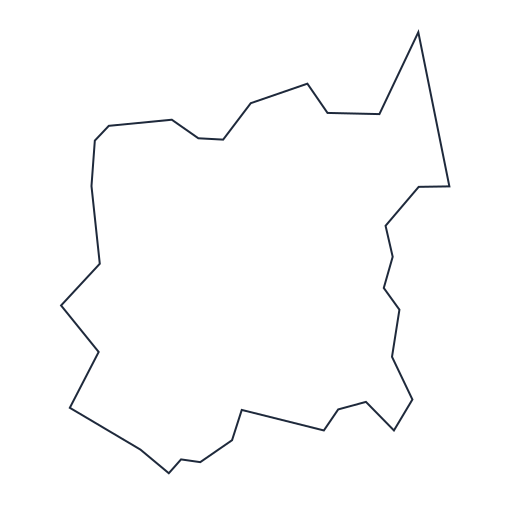 the border of Newtownabbey, rotated 85°
{"feature_id": "GBR-2097", "entity_name": "Newtownabbey", "entity_type": "District", "adm_level": 1, "iso_a3": "GBR", "parent_name": "United Kingdom", "parent_adm1": "", "projection": "robinson", "projection_center": [-5.964, 54.723], "detail": "fine", "context": "isolated", "style": "outline", "palette": "slate", "viewbox_px": 512, "rotation_deg": 85, "n_neighbors": 0, "source": "natural_earth", "source_scale": "10m", "svg_char_len": 580}
<svg xmlns="http://www.w3.org/2000/svg" viewBox="0 0 512 512"><g transform="rotate(85 256 256)"><path d="M464.8,361.8L438.8,388.0L391.0,454.7L337.9,421.1L288.3,454.5L250.1,412.3L172.0,413.8L127.0,406.5L113.5,391.3L112.9,328.0L133.7,303.2L137.2,278.6L103.3,247.9L88.8,189.8L119.7,172.3L125.4,120.7L47.2,74.8L203.5,57.3L201.3,87.9L237.2,124.3L268.7,119.9L299.0,131.5L322.0,117.8L368.3,129.3L412.6,112.7L441.8,133.8L410.9,159.2L416.0,187.5L435.7,203.6L408.1,283.6L437.4,295.9L456.5,329.5L452.1,348.4L463.3,360.2L464.8,361.8Z" fill="none" stroke="#1e293b" stroke-width="2"/></g></svg>